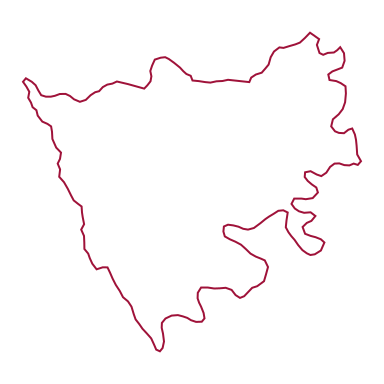 the district of Quilombo, Santa Catarina, Brazil
{"feature_id": "56859067B6043362260272", "entity_name": "Quilombo", "entity_type": "district", "adm_level": 2, "iso_a3": "BRA", "parent_name": "Brazil", "parent_adm1": "Santa Catarina", "projection": "natural_earth1", "projection_center": [-52.706, -26.741], "detail": "fine", "context": "isolated", "style": "outline", "palette": "rose", "viewbox_px": 384, "rotation_deg": 0, "n_neighbors": 0, "source": "geoboundaries", "source_scale": "gbopen_adm2", "svg_char_len": 3017}
<svg xmlns="http://www.w3.org/2000/svg" viewBox="0 0 384 384"><path d="M197.8,292.8L201.1,287.5L207.6,287.5L214.2,288.5L219.8,288.3L225.7,287.8L231.6,289.9L235.6,295.1L240.0,297.9L244.2,296.2L248.2,292.0L252.2,287.8L257.2,286.2L264.0,281.2L266.0,274.4L268.0,267.0L264.8,260.4L260.8,258.6L255.8,256.6L250.5,253.6L246.1,249.3L241.0,244.7L235.4,241.7L229.9,239.3L224.8,236.4L223.4,231.5L223.9,226.5L228.0,224.7L233.3,225.4L238.5,226.7L243.2,228.8L248.0,229.6L253.9,228.0L260.4,223.2L265.4,219.1L269.0,216.6L273.5,213.9L278.3,210.8L283.3,210.3L287.7,212.5L286.5,220.4L285.8,227.3L288.5,232.3L291.3,236.1L294.6,239.9L298.2,245.1L302.4,250.1L306.8,253.3L310.4,255.0L314.8,254.3L320.9,250.5L324.4,242.5L320.9,239.3L315.6,237.2L310.6,235.9L305.1,233.8L302.6,227.0L306.8,222.9L311.4,220.9L315.4,216.0L310.6,212.3L304.1,212.8L299.0,211.3L294.8,208.5L291.5,203.9L294.2,198.6L301.5,198.6L305.8,199.2L312.7,198.1L317.9,192.5L316.3,187.5L311.8,184.4L307.7,180.9L304.7,177.0L305.1,172.3L310.6,171.2L316.7,174.5L321.3,176.1L326.3,172.7L330.1,166.9L334.5,163.6L339.3,163.4L344.3,165.1L349.4,165.4L353.7,163.6L357.8,164.9L361.0,161.2L357.2,154.5L356.6,145.7L356.0,139.8L354.9,134.5L352.2,128.5L348.4,129.7L344.0,133.2L338.9,132.9L335.0,131.3L331.2,126.4L332.9,119.3L338.7,114.3L342.7,109.1L345.1,102.3L345.9,93.5L345.5,86.3L340.7,83.1L336.3,81.1L329.5,80.0L328.3,74.5L332.4,71.4L336.3,69.9L342.2,67.6L344.6,60.8L344.0,53.2L340.2,47.2L337.2,50.2L333.9,52.5L327.8,52.9L323.2,54.8L319.5,53.0L316.9,44.9L319.1,39.1L310.0,32.7L304.9,38.0L299.9,42.6L295.3,44.4L289.4,46.1L283.5,47.9L279.4,47.4L274.0,51.5L270.7,57.2L268.6,64.6L265.2,68.7L261.7,72.7L255.9,74.5L251.2,77.6L249.3,82.1L228.0,79.8L222.5,81.0L216.5,81.3L210.4,82.6L205.2,82.1L198.8,81.1L192.5,80.5L190.7,75.8L186.4,74.0L183.3,71.2L180.0,67.6L174.2,62.9L168.8,59.0L165.2,57.2L160.7,57.7L154.8,59.6L152.1,65.6L150.3,71.0L151.4,76.3L150.5,81.3L147.3,85.4L144.2,88.6L128.0,84.1L116.9,81.5L112.4,83.6L107.3,84.6L102.8,87.1L99.1,91.2L95.2,92.2L90.6,95.2L85.8,99.9L79.9,101.8L74.0,99.3L70.0,96.0L65.6,93.9L59.8,94.0L54.9,95.8L50.7,96.7L46.0,96.7L41.2,95.2L38.3,90.4L35.6,85.2L31.8,81.8L25.9,78.3L23.0,81.8L26.4,86.6L29.3,91.8L28.2,97.8L31.0,102.6L32.6,107.2L36.4,110.2L37.7,115.6L42.3,121.6L47.5,123.9L51.1,126.4L52.0,131.7L52.4,139.0L56.2,147.6L61.0,152.6L60.0,158.9L57.7,163.6L60.1,169.4L59.2,176.8L64.0,182.2L67.8,188.8L71.0,195.3L73.7,200.4L78.1,203.9L81.6,206.5L82.0,212.5L82.7,217.1L84.1,224.2L81.2,229.6L84.0,235.9L84.3,242.5L84.4,249.0L88.2,253.6L89.8,258.2L92.3,263.7L96.6,269.3L102.8,267.3L107.5,267.4L110.0,272.6L112.6,278.6L115.8,284.9L119.8,291.0L123.0,297.2L128.0,301.4L131.5,306.7L133.8,314.3L135.6,319.4L139.2,324.0L142.5,328.8L146.8,333.4L151.2,338.4L154.1,344.7L156.2,349.6L159.9,351.3L162.6,348.0L164.0,341.5L163.0,333.6L161.7,327.8L161.9,322.9L165.5,318.5L171.6,315.6L177.9,315.1L182.9,316.4L187.3,317.9L191.0,320.2L196.1,321.9L201.8,321.7L204.5,318.4L203.6,313.0L201.1,306.7L199.1,302.7L197.6,298.3L197.8,292.8Z" fill="none" stroke="#9f1239" stroke-width="2"/></svg>